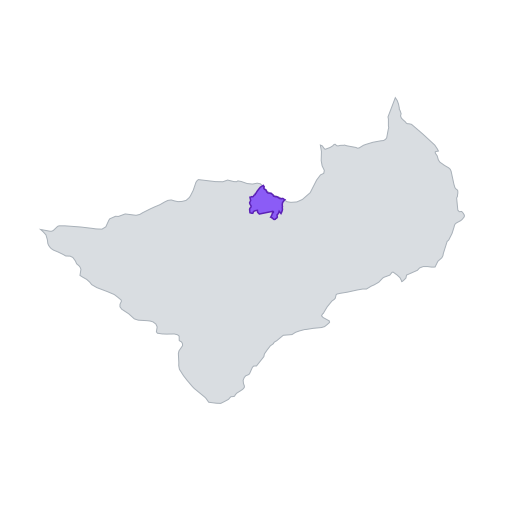 Kouango, Ouaka, Central African Republic shown in context, rotated 174°
{"feature_id": "33826404B56773227283390", "entity_name": "Kouango", "entity_type": "district", "adm_level": 2, "iso_a3": "CAF", "parent_name": "Central African Republic", "parent_adm1": "Ouaka", "projection": "orthographic", "projection_center": [20.271, 5.054], "detail": "fine", "context": "in_parent", "style": "filled", "palette": "violet", "viewbox_px": 512, "rotation_deg": 174, "n_neighbors": 0, "source": "geoboundaries", "source_scale": "gbopen_adm2", "svg_char_len": 6086}
<svg xmlns="http://www.w3.org/2000/svg" viewBox="0 0 512 512"><g transform="rotate(174 256 256)"><path d="M357.4,188.3L362.1,189.5L363.0,191.0L361.7,195.8L362.7,198.8L365.4,201.3L368.1,202.4L370.7,203.0L379.8,204.5L383.6,206.2L388.7,211.9L395.0,217.0L396.6,219.7L396.3,222.2L394.5,225.2L394.8,226.4L397.7,229.4L401.0,232.5L407.1,235.9L417.6,241.2L422.4,244.7L424.1,247.4L426.8,250.4L430.6,253.1L433.1,255.1L431.5,261.0L432.0,263.0L433.0,264.7L435.2,267.0L436.1,269.9L438.3,273.7L440.9,275.3L445.2,275.9L447.5,277.6L452.3,280.6L456.9,283.1L458.9,284.8L460.1,286.4L461.1,288.2L461.7,290.1L461.8,294.0L462.7,299.0L465.2,302.4L467.5,304.9L458.1,302.1L456.7,302.0L455.0,302.5L450.2,306.2L448.6,306.6L442.5,305.9L427.5,303.2L416.0,300.6L412.5,299.7L406.4,298.8L402.3,300.7L398.6,307.0L397.5,308.3L391.5,310.2L388.7,309.7L381.7,311.5L371.0,309.0L367.2,309.5L364.2,310.9L356.5,313.8L351.8,315.4L346.4,317.0L341.2,319.3L337.8,320.5L334.4,320.6L331.3,319.3L327.9,318.2L323.9,318.0L319.7,318.6L316.1,321.2L314.7,323.0L311.6,327.8L308.0,335.6L306.6,337.2L305.3,338.0L288.5,334.2L281.2,333.3L276.3,334.5L270.2,332.3L267.5,331.9L266.2,332.6L262.8,331.6L257.3,329.0L251.9,327.9L247.2,328.3L244.2,327.4L241.9,324.8L238.9,320.0L233.4,315.3L226.1,311.6L221.5,308.7L219.7,306.8L215.7,305.7L209.7,305.5L203.9,307.4L195.5,313.3L187.7,325.3L183.4,329.9L180.0,331.1L179.1,334.0L180.8,338.7L181.2,344.0L180.0,353.0L180.4,359.6L178.6,358.6L176.8,355.5L176.0,354.9L170.9,356.2L168.2,357.5L166.8,358.7L165.7,358.9L164.1,357.2L162.8,356.9L160.8,357.2L158.7,357.1L157.4,356.9L156.5,357.1L154.1,356.1L145.3,353.5L143.8,352.6L142.1,352.7L137.5,354.9L135.1,355.5L127.8,356.9L120.0,357.5L117.0,357.5L115.0,358.5L113.7,359.8L111.2,368.2L110.6,369.6L110.7,371.7L110.0,378.4L110.2,380.5L100.9,398.9L99.3,395.8L98.4,392.2L98.0,388.1L98.2,387.0L97.6,385.8L96.8,382.4L97.6,380.2L97.0,377.9L95.2,375.7L93.6,374.0L92.6,372.4L91.8,371.8L90.0,371.5L87.6,370.7L77.3,359.8L66.6,347.6L64.5,343.6L63.6,341.3L66.2,341.1L66.9,340.7L66.9,339.6L65.3,336.5L64.6,332.5L63.3,330.1L59.1,326.4L55.1,323.5L53.8,322.0L53.1,319.9L51.7,306.8L51.0,303.1L49.8,301.4L48.9,300.7L48.5,299.7L48.7,297.4L49.3,295.3L49.3,294.5L50.4,292.7L50.5,280.5L49.2,278.8L46.8,278.8L45.5,277.0L44.5,274.8L44.8,273.2L47.2,270.8L48.7,269.8L53.3,267.9L54.6,267.0L55.4,265.8L56.0,264.1L58.7,257.9L62.7,251.7L64.4,250.5L68.4,241.3L69.4,239.0L70.1,236.7L71.4,234.8L75.7,231.7L79.1,226.3L82.6,226.6L86.2,227.5L90.9,228.0L94.6,227.0L97.0,224.9L108.3,221.3L109.2,218.4L111.0,216.9L113.0,215.5L113.8,215.3L113.9,216.3L115.1,219.4L117.7,222.4L121.4,225.7L122.5,225.5L124.9,223.0L130.8,221.5L132.3,220.8L136.5,217.2L141.6,214.9L144.5,214.0L149.6,211.6L153.3,212.0L159.1,211.6L168.8,210.5L175.8,210.1L179.4,209.7L180.3,209.2L181.6,205.7L182.7,204.7L185.3,203.2L190.5,198.0L193.9,193.5L195.0,191.9L195.7,191.6L197.1,189.7L195.7,187.8L189.9,183.8L190.0,183.3L189.7,182.6L190.0,182.1L192.2,180.5L195.2,178.6L198.4,178.0L206.6,178.1L213.7,177.7L215.3,177.8L220.8,176.9L224.6,176.0L228.4,174.1L237.2,174.3L244.4,169.5L246.5,168.6L247.4,167.9L247.7,167.1L251.1,165.2L254.9,161.2L257.9,157.7L258.7,155.1L267.0,146.6L269.8,146.8L271.2,145.7L274.5,140.0L275.5,138.9L278.8,137.9L280.5,136.2L281.8,133.7L281.8,130.6L281.2,128.1L281.2,126.9L282.0,125.8L283.3,124.7L289.5,121.6L291.1,120.1L292.0,118.8L293.7,118.6L295.6,118.7L296.8,117.8L298.2,116.4L302.5,114.6L306.5,113.1L310.7,113.7L318.3,115.5L320.6,119.6L321.7,121.0L331.2,130.6L333.0,132.9L337.7,139.8L340.6,144.5L344.0,151.3L344.3,155.0L343.9,158.1L343.4,167.1L342.5,169.7L338.4,174.5L338.3,176.7L339.2,178.5L340.4,179.2L341.2,180.1L340.8,184.3L342.3,185.9L345.4,187.0L353.3,187.7L357.4,188.3Z" fill="#d9dde1" stroke="#a8b0b8" stroke-width="1"/><path d="M256.8,309.6L256.7,308.9L256.5,308.1L255.6,306.2L256.0,305.0L257.1,304.1L257.5,303.0L257.5,299.1L257.3,299.5L256.5,299.3L255.9,299.0L254.7,298.8L254.1,299.9L253.8,300.5L252.3,301.1L250.4,301.3L249.8,301.3L249.8,299.3L248.3,297.4L234.6,298.7L234.1,298.3L234.2,297.4L235.1,297.2L235.4,296.4L236.1,294.9L237.3,293.1L236.8,293.0L236.4,292.3L235.8,292.2L235.5,291.7L234.6,290.6L233.7,290.4L233.0,290.5L232.4,291.2L231.6,291.4L230.7,292.4L230.8,294.6L230.4,295.0L229.6,295.6L229.1,296.4L228.3,298.1L226.7,295.6L225.9,296.9L225.2,298.3L224.8,299.5L224.8,301.6L224.5,302.4L224.6,303.9L224.1,306.1L223.5,306.9L221.7,308.8L221.8,308.8L221.9,309.0L222.0,309.1L222.1,309.3L222.2,309.5L222.3,309.6L222.5,309.8L222.8,310.0L223.0,310.2L223.2,310.3L223.3,310.4L223.5,310.4L223.7,310.5L223.8,310.5L223.9,310.4L224.0,310.4L224.3,310.4L224.5,310.3L224.8,310.3L225.0,310.3L225.3,310.5L225.6,310.6L225.8,310.6L226.1,310.6L226.4,310.7L226.5,310.8L226.8,311.1L227.0,311.2L227.2,311.3L227.3,311.5L227.4,311.8L227.5,311.8L227.8,311.8L228.0,311.9L228.0,312.0L228.3,312.3L228.5,312.4L228.6,312.5L228.8,312.5L229.0,312.7L229.1,312.8L229.3,312.9L229.5,312.9L229.9,312.8L230.0,312.8L230.3,312.9L230.5,313.0L230.8,313.1L231.0,313.2L231.3,313.3L231.5,313.3L231.8,313.4L232.0,313.5L232.3,313.8L232.5,314.0L232.5,314.3L232.6,314.6L232.6,314.8L232.8,315.0L233.1,315.5L233.3,315.7L233.4,315.8L233.6,315.9L233.9,316.1L234.0,316.2L234.1,316.4L234.1,316.5L234.3,316.7L234.5,316.5L234.8,316.7L235.0,316.8L235.1,317.0L235.3,317.0L235.6,317.0L235.9,317.0L236.1,317.1L236.3,317.2L236.5,317.2L236.8,317.2L237.0,317.2L237.3,317.3L237.5,317.4L237.7,317.6L237.8,317.8L238.0,317.9L238.1,318.1L238.2,318.3L238.4,318.3L238.5,318.4L238.6,318.5L238.7,318.8L238.7,319.1L238.8,319.3L238.8,319.5L238.9,319.8L239.0,319.9L239.0,320.0L239.1,320.3L239.1,320.6L239.3,320.8L239.6,320.9L239.9,321.0L240.0,321.1L240.2,321.3L240.4,321.4L240.6,321.5L240.7,321.8L240.8,321.9L240.9,322.0L241.0,322.2L241.1,322.3L241.1,322.5L241.2,322.8L241.2,323.0L240.9,323.3L240.8,323.5L240.7,323.8L240.6,324.0L240.8,324.3L241.0,324.4L241.0,324.5L241.2,324.8L241.2,325.1L241.2,325.4L241.3,325.5L244.5,324.0L246.6,321.9L248.3,320.1L249.3,318.6L249.7,318.3L250.1,318.2L250.3,317.2L251.5,316.7L252.3,315.7L252.8,315.3L253.5,315.3L254.1,315.5L254.9,315.2L255.9,315.1L255.7,313.4L255.5,311.8L256.8,309.6Z" fill="#8b5cf6" stroke="#5b21b6" stroke-width="1.5"/></g></svg>